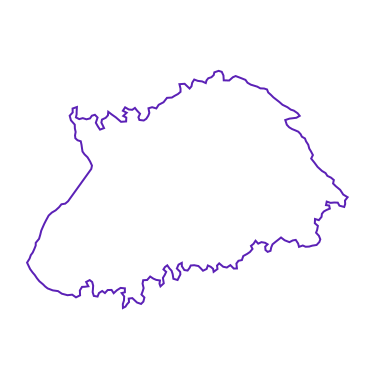 outline of Coronel Bicaco, Rio Grande do Sul, Brazil, rotated 277°
{"feature_id": "56859067B35030756743824", "entity_name": "Coronel Bicaco", "entity_type": "district", "adm_level": 2, "iso_a3": "BRA", "parent_name": "Brazil", "parent_adm1": "Rio Grande do Sul", "projection": "orthographic", "projection_center": [-53.654, -27.806], "detail": "fine", "context": "isolated", "style": "outline", "palette": "violet", "viewbox_px": 384, "rotation_deg": 277, "n_neighbors": 0, "source": "geoboundaries", "source_scale": "gbopen_adm2", "svg_char_len": 3914}
<svg xmlns="http://www.w3.org/2000/svg" viewBox="0 0 384 384"><g transform="rotate(277 192 192)"><path d="M101.8,36.9L95.8,40.7L92.8,43.5L90.4,46.1L87.4,48.7L84.8,51.4L82.2,55.4L80.3,57.8L78.7,60.5L77.4,65.8L77.3,71.1L75.2,75.2L74.4,81.0L75.5,85.6L73.3,89.7L75.8,93.5L80.6,92.7L84.4,94.4L84.9,97.3L85.8,100.6L89.8,97.9L92.1,101.2L90.5,103.9L87.0,105.3L83.8,105.5L80.5,105.6L76.9,107.2L76.7,111.0L80.4,112.0L82.8,114.9L81.1,117.9L84.4,120.2L85.0,124.1L82.0,126.6L85.3,129.4L88.1,132.8L88.2,137.1L84.3,137.6L83.1,134.5L80.1,137.4L76.0,137.7L72.4,137.0L68.5,137.6L70.1,139.9L72.7,141.2L75.1,142.9L78.5,142.2L79.4,145.7L75.6,150.9L74.7,155.1L77.3,157.1L81.5,157.6L84.1,154.3L87.2,155.1L90.7,155.7L95.0,154.1L98.5,154.3L99.2,158.2L103.0,160.8L101.3,164.2L100.4,167.2L100.3,171.0L97.0,170.9L94.5,172.2L97.9,175.1L103.2,173.6L106.5,175.1L109.6,176.1L111.7,173.1L114.2,174.3L116.2,176.4L113.4,178.9L111.4,181.3L108.2,182.8L103.6,184.1L102.9,188.4L105.8,189.4L108.7,190.5L111.3,190.0L114.2,186.3L118.3,187.5L120.4,190.5L117.1,191.0L113.6,193.9L113.5,197.2L116.3,198.8L118.9,199.7L119.6,203.1L119.3,207.4L117.4,209.9L115.2,212.5L117.4,215.9L121.0,216.7L120.0,219.8L118.3,222.3L115.4,223.2L118.7,226.7L122.0,225.8L124.5,227.7L121.6,232.1L121.3,235.8L124.1,239.0L121.1,242.8L121.6,245.9L126.4,244.8L129.4,246.5L130.5,249.8L134.7,250.7L137.3,254.3L139.5,256.8L142.9,259.0L145.7,257.1L148.1,259.4L151.4,261.0L148.8,264.0L150.7,267.0L150.5,270.7L149.3,273.4L146.7,271.3L143.4,272.0L141.8,274.4L143.2,277.1L146.7,277.4L149.9,278.3L152.7,281.0L155.7,284.0L157.7,285.9L155.4,289.8L154.1,294.8L156.2,297.9L157.1,300.8L153.8,303.6L150.6,304.9L152.4,308.5L151.5,311.4L152.1,314.9L153.4,317.9L154.6,322.1L157.9,324.5L160.7,325.1L164.0,323.3L166.7,320.1L169.5,320.8L173.7,321.1L176.0,317.7L180.2,317.4L179.5,321.3L183.1,323.6L186.2,323.6L188.7,325.2L190.5,327.6L192.3,330.8L195.3,329.8L195.3,326.6L198.9,326.9L198.1,330.8L198.9,334.5L199.2,338.0L196.4,340.0L195.7,344.9L198.7,345.5L202.2,344.9L205.8,347.1L207.9,342.4L212.2,338.8L215.2,334.1L217.6,331.0L221.2,331.3L223.2,328.2L224.5,324.4L227.1,322.2L228.7,318.5L232.2,313.6L236.0,310.0L239.7,306.2L243.4,307.5L247.0,305.0L249.4,303.1L253.1,301.6L256.2,299.0L258.9,297.6L260.3,294.3L262.6,292.8L264.8,290.2L265.8,286.9L266.7,283.6L268.1,280.5L270.3,277.9L274.8,275.8L276.7,279.8L278.4,286.6L280.7,289.6L283.0,287.3L285.2,283.1L285.8,280.0L287.8,276.4L289.6,271.2L292.0,267.7L293.8,264.7L295.9,261.2L298.1,258.4L300.1,255.5L302.9,254.0L303.5,251.0L303.2,247.2L304.5,244.0L305.1,240.7L305.7,237.3L307.2,233.8L309.8,231.4L311.1,226.5L312.4,221.2L310.9,218.6L307.2,215.3L306.7,209.9L311.5,209.0L314.9,206.9L315.5,203.7L313.5,199.6L310.7,199.3L308.3,197.3L306.9,194.3L304.5,192.8L301.8,192.4L303.0,188.6L303.0,184.2L303.9,180.5L300.5,178.9L296.8,178.6L294.4,177.0L298.5,171.5L297.5,166.4L293.2,168.0L290.0,168.4L287.5,166.1L285.3,163.0L283.3,160.5L282.4,155.7L277.6,152.8L274.5,148.3L270.6,146.4L271.3,142.1L269.8,138.6L265.3,140.0L262.4,139.3L259.1,137.7L257.1,135.4L257.1,131.0L259.7,129.7L263.3,130.9L266.2,127.4L268.5,125.1L266.3,122.7L266.2,119.2L267.9,115.3L264.2,113.5L262.7,117.5L259.1,114.5L257.9,117.7L254.0,118.0L253.0,113.0L254.8,110.3L256.8,107.3L259.1,103.0L261.4,99.1L257.8,99.2L255.1,97.3L252.9,93.8L249.8,93.6L247.4,95.2L244.7,96.9L242.7,93.1L245.5,90.7L249.0,88.1L254.4,89.2L256.8,86.2L255.5,83.3L252.6,81.8L251.3,78.4L252.0,74.6L250.6,71.2L251.9,67.7L255.1,68.0L257.8,67.7L262.3,67.4L260.3,63.3L256.4,63.9L252.8,61.3L248.4,63.1L244.6,67.4L240.8,68.0L237.4,69.2L233.9,69.0L231.1,69.7L229.4,72.1L228.8,75.4L225.3,76.6L221.6,77.6L218.8,78.4L216.3,80.7L213.7,84.1L209.9,87.1L206.0,89.5L202.6,89.2L167.7,70.1L165.0,67.6L163.9,63.9L160.7,61.9L157.2,58.9L154.5,55.4L151.2,52.6L145.9,50.5L142.3,49.2L138.7,48.1L135.3,47.1L131.1,46.6L126.9,45.9L122.5,43.1L119.8,43.4L116.4,42.5L112.5,41.3L109.7,39.7L106.1,38.9L101.8,36.9Z" fill="none" stroke="#5b21b6" stroke-width="2"/></g></svg>